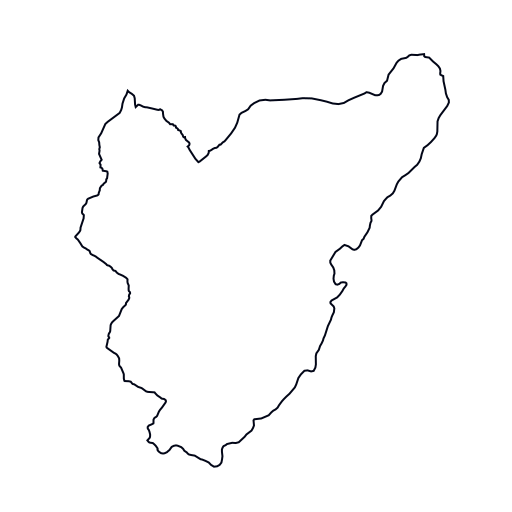 Guadalupe, Santander, Colombia, rotated 184°
{"feature_id": "7082276B99610828489560", "entity_name": "Guadalupe", "entity_type": "district", "adm_level": 2, "iso_a3": "COL", "parent_name": "Colombia", "parent_adm1": "Santander", "projection": "orthographic", "projection_center": [-73.394, 6.237], "detail": "fine", "context": "isolated", "style": "outline", "palette": "ink", "viewbox_px": 512, "rotation_deg": 184, "n_neighbors": 0, "source": "geoboundaries", "source_scale": "gbopen_adm2", "svg_char_len": 6053}
<svg xmlns="http://www.w3.org/2000/svg" viewBox="0 0 512 512"><g transform="rotate(184 256 256)"><path d="M81.8,448.6L83.6,449.2L84.8,449.8L85.0,451.1L84.9,453.4L85.6,455.8L87.3,458.0L89.4,459.8L93.0,462.4L97.1,466.0L101.1,466.3L102.1,467.0L102.4,469.1L106.8,468.3L108.9,467.7L115.0,467.6L117.1,466.8L118.7,465.1L120.1,464.1L124.9,462.8L127.5,460.8L129.2,458.6L131.9,452.8L136.4,446.2L137.5,440.0L139.9,437.5L141.1,434.6L141.7,428.8L143.0,426.4L144.5,425.2L146.2,424.8L148.4,424.7L154.5,426.8L157.2,427.1L159.1,425.7L169.0,420.8L174.6,417.8L179.0,414.8L184.3,413.3L190.1,413.5L196.2,414.9L202.1,415.9L211.4,417.1L220.4,416.7L226.0,415.6L238.9,413.8L252.8,412.2L257.5,412.5L263.3,411.4L268.5,408.4L271.8,405.6L274.1,401.8L276.7,399.9L280.4,397.8L282.3,395.9L284.0,387.7L285.9,382.5L289.4,376.5L294.4,369.5L295.5,368.1L297.0,367.1L299.1,364.6L300.2,364.5L302.0,362.0L303.0,361.2L304.8,360.8L306.7,359.7L307.8,358.7L309.4,357.7L310.4,357.5L310.4,355.6L311.3,353.4L312.7,351.9L317.6,347.4L318.8,346.3L320.0,345.6L323.3,348.8L329.5,357.1L331.2,359.9L331.8,360.4L330.4,361.8L330.1,363.2L330.6,364.5L334.0,366.9L334.9,368.5L335.1,369.7L336.2,369.4L336.9,369.9L337.7,371.8L338.8,372.9L339.5,374.0L339.7,375.3L341.2,376.0L342.4,376.2L342.8,377.3L343.7,378.0L344.8,378.5L345.0,379.8L346.0,380.5L347.2,380.4L348.2,381.7L350.9,381.5L352.1,382.9L354.8,384.5L356.9,386.7L358.0,388.4L358.7,391.5L358.9,393.4L359.8,394.7L361.9,395.7L363.1,394.9L364.7,395.0L369.9,395.9L375.1,396.7L377.0,396.7L379.0,397.1L381.5,398.2L383.1,398.7L384.1,398.7L386.4,396.2L387.2,398.7L388.0,404.9L388.9,407.4L391.2,409.1L394.2,410.7L395.5,411.9L396.5,408.0L398.5,404.0L399.8,398.7L400.1,394.8L400.7,392.2L402.0,389.2L413.3,379.5L415.5,377.2L419.0,367.6L421.4,363.3L421.4,360.6L420.4,358.5L420.0,355.8L419.4,353.6L419.8,351.7L419.4,350.2L419.7,346.9L416.7,341.2L417.9,339.6L418.6,337.8L417.4,336.2L417.4,333.5L416.2,333.2L415.3,332.3L414.8,330.4L411.2,330.1L410.2,329.8L409.7,327.9L410.0,323.0L410.7,322.1L410.7,320.5L410.9,319.5L413.1,317.4L413.5,316.4L415.0,315.3L416.1,313.4L416.4,312.8L416.5,311.7L416.4,310.8L417.0,308.9L417.3,307.8L417.3,306.6L417.6,306.1L418.6,305.3L422.4,304.0L427.5,301.4L428.1,300.8L428.5,300.0L428.9,297.1L429.5,295.9L431.7,293.5L432.1,292.7L432.4,291.8L432.7,287.6L432.5,286.8L432.1,286.1L430.8,285.1L430.6,284.7L430.6,281.5L433.0,272.1L433.0,269.6L433.4,268.5L434.4,266.9L437.5,263.0L437.7,262.4L436.5,261.1L434.9,260.0L432.1,256.5L429.9,253.4L427.8,252.2L426.6,251.8L424.5,250.5L423.4,250.1L422.3,249.3L421.4,247.1L420.9,246.5L418.9,245.5L417.6,245.1L415.8,244.3L414.2,243.2L407.7,239.4L404.8,237.4L404.1,236.6L403.3,236.3L401.9,236.1L400.7,235.4L399.7,234.7L398.7,233.7L398.4,232.9L397.1,231.6L395.6,231.4L394.9,231.1L393.9,229.9L391.8,228.5L390.4,228.1L387.4,227.0L384.2,225.3L382.7,224.0L382.5,223.5L382.5,221.8L382.2,220.2L380.9,217.7L380.8,214.3L380.6,212.7L380.3,212.1L379.2,211.1L379.0,210.3L379.0,209.8L379.6,209.1L379.9,208.2L380.0,206.7L379.7,206.3L379.5,205.5L379.6,204.8L380.1,203.5L382.4,200.0L382.4,198.6L382.7,198.0L384.8,195.8L386.2,193.8L388.5,186.6L393.6,181.3L395.0,179.7L395.8,178.1L396.2,176.9L396.2,170.9L396.6,169.5L397.3,168.5L397.7,166.5L397.7,165.7L397.5,165.3L396.8,164.6L396.7,164.0L398.0,162.2L398.1,160.0L398.9,155.0L398.6,154.3L398.0,153.8L391.0,149.5L389.3,148.8L388.1,148.0L386.8,146.5L385.4,144.3L385.1,142.0L385.1,138.6L384.8,137.4L384.4,136.7L382.8,135.2L379.9,129.5L379.6,128.5L379.3,124.5L378.6,122.3L378.2,122.1L374.3,122.2L372.2,121.9L370.6,120.1L370.0,119.7L368.5,119.5L364.5,117.2L361.3,116.4L360.4,116.0L356.2,113.3L354.5,112.9L347.7,112.9L346.8,111.9L344.7,110.0L341.4,108.1L340.5,107.4L339.9,107.1L338.1,107.0L337.4,106.8L336.0,105.8L335.7,104.9L335.8,104.2L336.1,103.4L339.2,98.3L341.0,95.8L342.0,94.0L343.5,89.6L344.2,88.7L345.9,87.5L346.2,87.0L346.8,85.7L346.8,85.0L346.6,82.2L346.7,81.8L348.5,80.7L351.1,79.4L352.1,77.9L352.1,77.4L351.9,76.3L350.7,74.8L350.0,73.2L349.2,70.7L349.1,69.6L349.1,68.1L349.5,67.0L351.5,64.5L350.3,63.2L349.5,62.6L348.6,62.4L345.9,62.2L344.4,61.1L342.8,59.7L341.0,57.5L340.6,56.6L340.8,55.8L340.0,54.7L338.9,53.8L337.0,52.7L335.3,52.5L334.2,52.6L333.3,52.9L331.1,54.1L330.4,54.9L328.8,56.4L326.8,59.7L324.8,60.9L322.6,61.5L320.9,61.3L317.2,60.1L315.2,58.5L313.9,56.7L311.3,55.2L310.4,54.2L309.0,53.3L306.5,52.9L303.2,52.6L297.1,49.4L295.5,49.2L292.1,48.1L288.7,46.7L286.3,44.5L283.2,42.9L280.1,43.5L277.7,45.1L276.1,47.5L275.7,50.6L275.5,53.9L276.3,58.2L276.5,60.7L275.9,62.7L275.1,64.1L273.1,65.2L271.8,66.4L266.7,68.0L263.2,68.0L260.2,69.0L254.7,74.9L253.1,77.3L248.3,81.5L247.0,84.2L246.2,86.8L247.0,91.9L246.3,93.0L239.4,94.3L232.2,98.0L229.8,101.1L228.0,102.9L225.8,104.3L223.9,106.2L222.6,108.8L220.0,112.9L218.4,115.0L215.9,117.9L213.0,120.9L208.1,127.6L206.9,130.7L205.2,137.3L203.0,141.0L199.7,144.9L196.6,145.5L193.0,144.7L190.5,145.4L189.0,148.8L188.7,152.0L189.4,160.3L189.0,163.1L186.8,166.7L185.8,170.7L184.5,173.3L183.3,176.4L182.9,178.5L181.7,181.6L179.4,191.1L176.8,197.7L176.4,200.0L175.7,202.1L174.4,205.3L174.2,209.2L175.0,211.1L178.3,213.9L178.6,215.2L177.5,216.9L172.2,220.3L169.7,223.3L167.4,227.1L166.2,229.7L164.7,231.8L163.7,233.6L163.9,235.1L164.8,235.8L167.4,235.9L169.6,235.4L170.9,234.0L172.8,233.1L174.6,233.4L176.4,235.9L177.1,238.8L177.0,241.8L176.5,243.9L176.9,247.1L178.1,249.9L180.4,252.8L181.4,254.5L181.6,256.6L177.0,265.6L172.8,269.1L170.5,271.6L168.5,273.2L164.4,272.1L160.2,269.4L158.4,269.0L156.4,269.7L154.4,271.6L153.0,273.8L151.3,279.2L149.9,280.6L149.2,282.8L146.5,287.4L144.6,292.1L144.5,294.4L144.1,297.1L143.3,298.9L143.3,299.9L143.7,301.8L143.8,304.1L142.7,305.4L137.4,309.9L134.6,313.8L132.2,319.7L130.7,321.7L129.0,323.8L126.3,325.6L123.9,328.0L122.5,330.7L120.5,337.4L119.2,340.2L115.8,344.8L112.7,347.0L109.7,349.4L103.9,356.0L101.6,358.2L99.6,361.6L98.4,365.0L97.8,369.2L96.1,375.6L92.6,378.5L89.5,381.8L86.2,386.0L84.6,388.7L84.1,390.2L83.8,392.8L84.3,403.0L83.4,406.4L81.9,409.4L75.7,419.0L74.3,422.6L74.6,425.2L76.4,427.8L77.9,431.4L78.7,435.1L81.1,443.4L81.8,448.6Z" fill="none" stroke="#020617" stroke-width="2"/></g></svg>